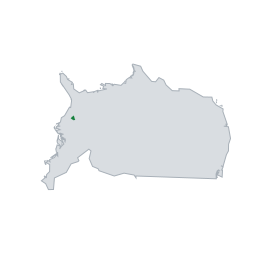 Lancaster, South Carolina, United States of America (highlighted), rotated 165°
{"feature_id": "52423323B10055621117527", "entity_name": "Lancaster", "entity_type": "district", "adm_level": 2, "iso_a3": "USA", "parent_name": "United States of America", "parent_adm1": "South Carolina", "projection": "orthographic", "projection_center": [-80.794, 34.767], "detail": "fine", "context": "in_parent", "style": "filled", "palette": "green", "viewbox_px": 256, "rotation_deg": 165, "n_neighbors": 0, "source": "geoboundaries", "source_scale": "gbopen_adm2", "svg_char_len": 4188}
<svg xmlns="http://www.w3.org/2000/svg" viewBox="0 0 256 256"><g transform="rotate(165 128 128)"><path d="M199.1,101.1L212.0,98.8L215.9,87.9L220.8,89.1L221.9,95.5L225.3,99.4L220.7,101.5L220.6,102.8L219.6,101.4L218.6,104.1L215.0,106.2L213.1,112.9L215.6,115.5L217.1,115.0L216.5,113.8L217.1,114.3L217.3,115.7L213.1,117.0L212.1,115.6L211.9,117.7L206.8,118.5L203.2,121.4L203.5,119.9L203.1,119.0L202.3,122.5L203.4,123.1L203.2,126.1L200.8,130.0L197.9,127.8L199.5,125.4L197.6,127.1L198.5,129.7L199.8,131.2L200.1,132.9L197.0,139.2L197.8,135.3L195.1,131.8L196.6,127.8L194.1,129.1L195.2,134.8L192.6,133.1L191.7,133.4L192.5,131.5L192.4,131.0L191.6,132.4L191.6,133.6L195.5,135.7L194.7,136.8L192.9,134.8L192.2,134.5L194.5,136.8L195.5,137.3L195.0,138.7L193.7,137.7L195.7,139.8L195.2,140.1L194.3,139.0L191.9,138.6L194.9,140.6L196.8,140.4L198.9,145.6L197.1,141.6L197.7,144.3L194.1,143.9L196.8,146.4L198.0,145.6L196.5,148.0L193.0,147.3L195.2,148.5L193.4,149.8L195.5,150.5L191.7,151.2L189.7,155.2L186.1,156.3L179.1,163.3L178.1,162.6L175.4,169.0L175.2,170.6L176.3,175.4L181.4,189.9L179.5,197.5L176.8,197.9L174.2,193.8L173.7,190.4L169.9,186.5L171.3,184.7L169.4,184.8L170.3,179.8L166.0,174.6L159.1,175.6L158.0,172.6L151.3,171.9L152.3,170.9L151.0,171.9L148.0,172.2L148.1,170.0L147.5,171.5L138.3,171.2L142.1,172.7L140.6,174.6L143.4,176.9L141.8,177.8L138.7,174.8L138.3,176.9L133.9,175.6L131.7,172.7L130.0,173.8L123.7,171.0L119.6,173.3L120.6,172.7L118.7,171.7L117.2,175.1L113.0,176.7L114.0,176.2L111.5,175.4L112.2,176.8L109.0,177.8L107.3,181.5L106.0,180.6L107.0,181.9L106.8,185.5L107.7,187.8L106.7,188.5L99.8,184.4L98.9,178.9L93.1,166.9L89.4,165.5L85.1,168.7L81.1,165.0L80.1,159.7L75.6,152.6L69.1,150.6L68.6,152.8L58.3,149.5L47.3,138.5L39.0,136.1L39.1,132.2L36.9,127.4L31.2,121.8L32.1,119.4L31.2,105.9L31.9,104.8L32.3,106.8L32.7,104.1L35.0,105.0L30.7,103.2L31.7,91.3L35.0,86.4L36.9,79.9L39.9,76.7L46.2,66.2L48.0,67.5L46.2,65.8L48.4,63.2L47.6,62.9L49.8,56.2L53.8,59.7L51.1,62.4L53.9,60.9L52.3,63.5L50.8,63.5L51.5,64.1L53.0,63.4L54.8,60.8L55.9,56.1L132.8,79.6L133.2,77.8L134.3,81.0L143.5,85.4L153.7,85.2L167.0,94.2L167.4,96.4L172.2,100.1L173.4,108.6L169.7,115.4L171.3,117.7L184.4,112.3L183.9,109.1L185.0,108.5L192.2,108.1L199.1,101.1ZM208.5,119.9L210.6,119.3L203.1,122.0L209.3,119.0L208.5,119.9ZM54.8,58.8L54.4,60.8L54.2,61.0L54.1,59.3L54.8,58.8ZM107.7,187.2L107.1,183.9L107.4,182.1L107.3,184.0L107.7,187.2ZM221.2,101.7L221.3,102.7L220.9,102.5L221.2,101.7ZM131.6,173.6L131.7,174.4L131.1,173.7L131.6,173.6ZM32.7,125.8L33.6,125.8L32.7,125.8ZM32.0,125.1L31.5,125.5L31.4,124.9L32.0,125.1ZM215.1,117.0L214.5,117.6L214.4,117.5L215.1,117.0ZM108.2,180.6L107.4,181.9L109.2,179.4L108.2,180.6ZM179.9,185.1L180.9,188.0L179.7,184.8L179.9,185.1ZM35.9,129.8L36.0,130.7L35.8,129.9L35.9,129.8ZM180.0,197.9L179.1,198.8L180.5,196.9L180.0,197.9ZM199.3,147.4L198.4,148.6L199.0,145.9L199.3,147.4ZM54.9,57.1L54.6,57.6L54.5,57.2L54.9,57.1ZM112.2,177.3L110.7,177.7L112.2,177.1L112.2,177.3ZM217.2,117.0L217.2,117.7L216.5,117.6L217.2,117.0ZM35.1,131.8L35.1,132.8L35.0,131.9L35.1,131.8ZM110.2,178.2L109.6,178.5L110.2,178.0L110.2,178.2ZM199.8,134.1L198.9,135.6L199.9,133.5L199.8,134.1ZM119.1,173.9L118.1,174.3L119.5,173.6L119.1,173.9ZM175.6,169.7L175.4,170.9L175.3,170.1L175.6,169.7ZM195.9,150.7L195.6,151.0L196.4,150.0L195.9,150.7ZM161.5,175.4L160.4,176.0L159.9,175.8L161.5,175.4ZM147.5,172.0L147.3,172.2L146.7,172.1L147.5,172.0ZM172.4,190.5L172.6,191.4L172.2,190.3L172.4,190.5ZM144.5,173.4L144.3,174.2L144.3,172.8L144.5,173.4ZM177.3,199.9L176.7,199.9L177.6,199.7L177.3,199.9ZM203.0,126.6L202.7,127.4L203.1,126.3L203.0,126.6ZM197.7,148.8L197.4,149.1L197.7,148.8Z" fill="#d9dde1" stroke="#a8b0b8" stroke-width="1"/><path d="M179.7,152.0L179.6,151.9L179.5,151.7L179.4,151.6L179.3,151.3L179.2,151.2L178.9,151.0L178.7,151.0L178.4,151.0L178.2,151.0L178.2,150.9L178.2,150.6L178.1,150.3L178.0,150.2L177.9,150.0L177.8,149.9L177.7,149.8L177.8,150.0L177.7,150.1L177.8,150.2L177.8,150.3L177.9,150.5L177.8,150.8L177.8,151.0L177.8,151.3L177.9,151.6L177.8,151.8L177.8,152.1L177.9,152.3L177.8,152.6L177.8,152.8L178.4,152.4L178.4,152.5L178.5,152.7L178.8,152.6L179.0,152.6L179.2,152.3L179.7,152.0Z" fill="#22c55e" stroke="#15803d" stroke-width="1.5"/></g></svg>